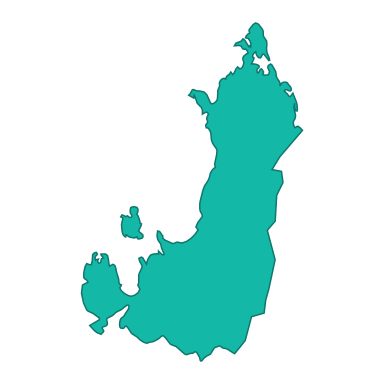 the Autonomous Province of Diana
{"feature_id": "MDG-5872", "entity_name": "Diana", "entity_type": "Autonomous Province", "adm_level": 1, "iso_a3": "MDG", "parent_name": "Madagascar", "parent_adm1": "", "projection": "natural_earth1", "projection_center": [48.721, -13.095], "detail": "fine", "context": "isolated", "style": "filled", "palette": "teal", "viewbox_px": 384, "rotation_deg": 0, "n_neighbors": 0, "source": "natural_earth", "source_scale": "10m", "svg_char_len": 5934}
<svg xmlns="http://www.w3.org/2000/svg" viewBox="0 0 384 384"><path d="M101.0,334.3L97.1,332.7L94.3,330.5L89.7,325.5L99.3,319.8L99.3,318.0L93.2,313.5L88.2,311.2L86.7,309.9L83.5,302.8L81.5,293.2L82.5,285.0L88.0,282.2L86.6,279.9L85.1,279.1L83.9,277.8L83.7,274.1L84.1,271.0L85.1,266.7L86.7,263.6L89.3,264.6L91.2,264.8L92.2,261.1L92.7,254.5L93.8,253.4L95.2,252.5L96.5,252.5L97.4,254.0L96.9,255.0L95.6,256.2L94.9,257.8L95.7,260.1L96.4,259.6L98.4,259.1L97.7,260.8L98.0,262.5L99.0,263.3L100.5,262.5L101.0,261.3L101.0,260.0L101.5,258.8L103.5,258.0L101.1,255.1L101.0,254.0L105.6,254.0L107.6,255.7L108.4,259.5L108.9,263.5L109.5,266.1L113.0,264.3L114.9,265.5L115.9,268.5L116.5,272.1L118.6,278.8L119.1,283.2L119.5,284.0L121.4,284.8L121.1,285.9L119.8,287.7L121.2,290.7L124.5,293.5L128.2,295.5L131.0,296.3L134.6,295.3L138.2,292.6L139.9,289.0L137.8,285.2L138.7,282.9L138.7,275.2L139.5,272.8L141.7,268.1L142.2,266.1L139.5,260.9L138.9,258.3L141.3,257.1L142.8,257.9L146.5,264.1L147.1,261.4L148.2,258.7L149.5,256.5L150.7,255.0L152.3,254.4L154.7,253.9L157.0,253.8L158.5,254.0L158.5,251.1L161.4,254.0L162.9,254.9L164.1,254.5L163.8,253.3L161.6,248.1L160.7,244.0L158.4,240.7L157.6,239.0L157.2,237.1L157.1,235.0L157.6,231.0L159.6,231.5L160.7,232.9L161.6,234.5L162.8,236.0L162.9,238.4L165.2,240.2L171.8,243.2L173.0,243.5L174.3,243.3L175.8,242.5L177.3,242.1L181.8,243.0L186.3,241.6L190.9,238.5L195.0,234.4L198.1,229.9L195.9,227.0L197.7,222.8L202.4,216.3L202.0,214.5L200.2,211.1L199.8,208.8L199.8,204.0L200.1,201.5L203.0,190.0L204.6,185.9L208.1,180.5L209.1,178.2L209.8,175.9L210.1,174.0L210.8,172.4L212.2,170.2L213.9,168.3L215.3,167.6L214.7,163.9L216.7,154.4L217.0,150.4L216.3,148.6L213.8,145.1L212.7,143.4L211.9,141.3L211.4,139.7L210.8,133.1L210.3,131.5L208.4,128.3L207.6,127.7L207.0,128.0L206.3,127.8L205.8,126.3L205.8,124.8L207.1,123.2L207.6,122.2L207.5,121.0L206.8,119.2L206.7,118.2L208.1,114.6L208.4,114.2L207.5,112.4L206.0,112.2L204.3,113.0L202.4,114.2L202.4,109.9L201.3,107.4L197.2,103.2L195.2,97.2L194.2,95.2L193.8,98.1L188.7,95.2L190.2,93.7L192.4,89.7L193.8,89.6L195.4,90.4L196.7,90.9L199.8,91.0L204.1,92.0L206.8,94.7L210.6,103.1L212.0,103.9L213.9,103.3L215.8,101.7L217.0,100.2L217.5,98.0L217.9,90.1L219.6,86.1L219.4,83.3L219.6,82.1L220.7,80.2L222.3,78.8L224.1,78.3L225.7,79.1L226.5,76.5L227.8,75.3L229.4,74.2L230.8,72.0L232.7,74.6L234.3,72.6L235.9,69.0L237.7,66.9L239.8,68.9L241.7,68.1L243.1,65.7L243.8,63.0L243.7,61.9L242.9,59.6L242.9,58.0L243.6,56.3L246.4,53.9L247.7,53.6L248.0,52.8L247.2,50.9L246.2,49.5L245.3,49.2L244.4,49.3L242.9,48.9L242.3,48.2L241.4,46.5L240.4,45.8L239.0,45.5L234.4,45.8L236.0,43.1L241.1,41.2L243.0,38.8L244.9,40.3L249.0,46.9L249.8,45.8L250.7,46.9L250.9,44.0L249.9,40.9L248.1,38.4L245.5,37.8L246.0,36.3L246.8,35.3L248.2,33.8L249.5,33.1L249.8,32.7L249.2,31.4L249.0,30.3L249.4,29.3L253.2,24.5L255.4,23.0L257.6,23.6L258.9,24.7L262.4,29.3L263.2,31.3L263.3,35.6L264.1,37.3L266.6,41.0L266.9,44.6L266.5,48.4L267.0,52.8L269.3,58.2L269.6,60.4L268.8,60.5L264.1,54.4L262.9,54.1L262.0,55.4L261.1,57.1L260.2,58.0L258.5,57.5L257.1,55.9L256.1,53.9L255.8,51.9L254.5,52.6L253.5,53.8L252.8,55.2L252.5,56.9L254.0,57.8L253.6,59.5L251.5,63.9L253.4,63.9L256.0,64.3L258.3,65.2L259.3,66.5L258.9,67.4L257.1,69.2L256.8,70.0L257.4,72.6L258.0,73.1L258.9,72.0L260.2,69.4L261.3,68.8L262.3,69.8L263.6,72.0L263.4,72.8L262.9,73.8L262.8,74.6L264.1,75.0L266.6,75.1L267.8,74.9L268.8,74.1L269.5,71.6L267.7,67.4L268.3,65.5L270.6,64.0L272.0,65.0L275.7,71.6L276.5,77.0L277.7,79.3L279.0,80.9L279.9,82.9L280.0,86.1L280.8,84.2L281.9,83.0L283.3,82.3L285.1,82.1L287.0,82.5L287.8,83.3L288.3,84.4L290.5,86.8L291.2,88.7L291.2,90.3L290.3,91.0L288.5,90.6L287.0,89.8L285.6,89.6L284.3,91.0L287.4,94.0L289.0,96.3L290.4,96.5L292.9,93.1L296.4,102.1L297.1,105.2L297.4,109.1L297.1,111.0L295.9,110.7L294.9,109.1L294.5,107.2L294.6,103.2L293.8,107.1L295.6,115.5L295.0,118.8L294.0,120.3L293.4,121.8L293.3,123.5L293.7,125.2L294.9,127.7L295.7,127.5L296.7,126.5L298.1,126.3L300.0,127.7L302.5,130.3L279.9,156.7L272.0,169.6L281.5,171.4L283.0,182.5L276.7,195.3L275.2,221.1L267.3,230.3L275.1,259.7L268.8,289.1L265.7,300.2L264.1,313.1L251.5,316.7L245.2,340.6L234.7,353.6L234.1,353.5L227.5,349.2L225.9,348.6L222.8,348.0L220.6,346.4L219.7,346.0L218.9,346.0L217.1,346.9L215.6,347.2L214.4,347.9L214.0,348.4L210.7,353.8L210.2,354.3L207.1,355.8L203.9,358.2L202.2,360.4L201.7,360.9L200.8,361.0L200.4,360.6L200.1,359.9L199.8,358.1L199.5,357.3L196.8,352.6L195.9,351.9L195.1,351.7L192.9,353.2L189.9,353.5L187.3,354.5L185.8,354.6L185.2,354.3L184.5,353.9L176.1,346.5L172.1,345.0L170.6,344.3L169.9,343.6L165.2,337.5L163.8,336.2L162.6,335.7L161.4,336.3L158.4,338.9L154.8,340.9L152.8,341.7L149.7,342.2L147.1,343.2L145.9,343.0L144.3,342.5L141.4,340.8L139.8,339.7L137.0,336.9L132.2,333.9L131.4,333.2L128.2,328.3L126.6,326.3L125.9,326.1L125.3,326.2L124.1,327.8L123.4,328.3L122.6,328.4L121.1,328.2L120.4,327.7L119.9,327.0L119.6,325.1L119.6,323.4L120.2,320.0L120.8,318.7L123.9,316.1L125.7,313.1L128.4,309.1L128.9,307.6L129.0,306.7L128.7,305.5L128.1,305.1L127.4,305.1L125.6,306.1L121.5,309.5L116.6,312.0L115.5,312.8L112.6,315.5L107.7,318.0L107.2,318.5L106.8,319.0L106.7,319.8L107.4,322.8L107.3,324.3L107.0,324.9L106.0,325.9L102.6,327.1L102.2,327.6L102.2,328.3L103.6,330.6L103.7,331.4L103.4,331.9L101.0,334.3ZM138.7,231.0L139.7,232.2L141.4,233.5L142.9,235.0L143.0,236.9L142.2,238.0L140.9,238.6L138.3,239.0L137.7,238.7L137.2,238.0L137.0,236.9L136.3,237.1L134.5,238.0L129.9,237.2L128.3,236.4L126.7,234.9L125.8,234.9L125.8,236.9L125.2,236.9L124.2,236.0L122.9,234.3L122.1,231.2L121.5,224.9L122.0,222.0L122.7,219.5L122.6,217.7L120.7,216.9L122.0,214.9L123.9,215.6L125.8,216.6L127.5,215.8L128.4,216.7L129.6,217.3L130.8,217.5L131.8,216.9L132.0,215.7L130.6,213.5L130.2,212.3L130.3,209.3L130.8,207.6L132.2,206.9L134.8,206.8L137.0,207.5L138.0,209.3L137.9,211.8L136.6,214.3L137.7,215.1L138.9,218.1L139.9,221.4L140.0,222.9L141.5,223.9L140.8,226.4L139.4,229.1L138.7,231.0Z" fill="#14b8a6" stroke="#0f766e" stroke-width="1.5"/></svg>